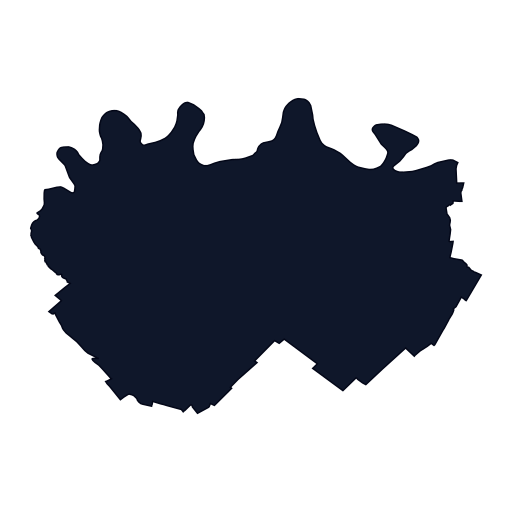 the district of Paltinis, Botosani, Romania
{"feature_id": "2599482B86500837031664", "entity_name": "Paltinis", "entity_type": "district", "adm_level": 2, "iso_a3": "ROU", "parent_name": "Romania", "parent_adm1": "Botosani", "projection": "natural_earth1", "projection_center": [26.672, 48.222], "detail": "fine", "context": "isolated", "style": "filled", "palette": "ink", "viewbox_px": 512, "rotation_deg": 0, "n_neighbors": 0, "source": "geoboundaries", "source_scale": "gbopen_adm2", "svg_char_len": 5970}
<svg xmlns="http://www.w3.org/2000/svg" viewBox="0 0 512 512"><path d="M434.0,345.4L434.8,344.7L442.9,330.3L444.3,328.1L448.6,320.1L448.8,319.5L452.1,314.2L453.0,312.2L453.8,309.9L453.2,308.9L456.0,306.7L461.3,297.1L463.8,298.7L465.5,300.3L466.2,300.6L481.3,275.0L475.3,272.3L474.3,272.2L473.5,271.4L471.3,270.4L468.7,267.3L467.3,267.2L467.1,267.0L466.9,266.4L467.0,265.1L466.8,264.8L465.9,263.7L463.7,261.9L462.4,260.3L461.5,260.0L453.9,258.7L449.8,257.6L451.2,251.7L452.8,243.5L453.1,241.4L450.0,241.6L449.4,241.5L449.1,241.1L449.1,240.6L450.1,234.0L450.6,229.6L449.6,225.4L449.7,223.9L450.0,222.8L450.3,220.3L449.7,217.8L447.7,214.9L447.0,214.1L446.0,207.7L446.6,206.7L447.9,206.0L449.5,204.8L450.1,204.5L450.3,204.5L450.5,205.0L451.2,204.4L451.6,204.4L451.9,204.0L452.9,203.4L453.2,200.9L459.3,201.3L461.9,201.3L460.8,193.1L461.0,191.4L461.9,190.1L462.0,188.9L462.6,187.8L463.7,183.0L456.7,183.1L456.0,168.8L456.6,165.4L457.8,162.6L452.9,160.1L450.6,159.9L448.4,160.1L437.8,162.5L434.5,163.9L431.2,165.8L426.5,167.5L415.8,170.7L412.3,171.5L403.7,172.2L399.2,172.1L396.9,171.4L394.8,170.5L393.1,169.0L392.8,168.0L392.8,167.0L393.5,166.1L399.7,161.1L403.4,156.8L405.6,153.7L406.4,152.9L409.4,150.8L411.7,149.6L416.3,145.7L417.7,143.7L418.3,142.6L418.6,141.3L418.6,140.3L418.3,139.3L417.1,137.4L416.2,136.8L412.1,134.6L404.6,131.0L391.5,125.3L388.1,124.4L384.6,124.1L381.0,124.2L376.3,124.9L375.3,125.4L374.5,126.0L373.0,127.6L372.5,128.5L372.3,129.6L372.5,130.6L373.0,131.6L375.2,134.4L381.3,144.1L384.7,147.3L386.3,149.0L387.5,150.8L387.8,151.9L387.9,153.0L387.4,154.7L386.3,157.9L385.4,159.8L383.7,162.7L382.4,164.4L380.6,166.4L376.7,168.2L373.4,169.3L369.8,169.5L368.5,169.4L365.0,168.8L357.9,167.1L355.7,166.1L353.6,164.9L350.0,162.2L342.7,155.4L340.3,153.4L334.1,149.9L331.5,148.8L326.2,146.8L324.2,145.5L321.8,143.3L320.1,140.5L316.8,132.5L314.5,125.4L313.0,119.2L312.6,115.0L310.7,105.7L309.1,102.8L307.6,101.2L305.7,99.9L304.6,99.4L303.5,99.2L298.6,98.7L297.4,98.8L295.0,99.4L292.9,100.4L291.0,101.7L289.1,103.1L287.6,104.7L286.1,106.4L284.9,108.3L284.1,110.2L283.4,112.2L282.7,117.4L281.8,122.5L279.9,127.2L278.0,131.4L276.5,135.7L275.3,138.1L274.0,139.6L272.4,140.7L271.4,141.1L268.2,141.9L263.4,142.9L261.3,144.0L258.9,146.4L258.2,147.7L257.7,148.9L257.2,150.9L256.7,151.9L254.9,153.3L253.7,154.7L252.8,155.5L245.5,158.1L242.4,158.9L239.0,159.4L232.2,159.6L219.9,161.6L214.5,163.2L210.4,164.8L207.3,165.7L203.9,165.7L200.9,164.4L199.1,163.3L198.3,162.6L196.5,160.2L193.8,154.7L193.0,149.6L192.8,146.4L193.1,143.2L194.5,139.2L195.9,136.2L198.9,131.4L200.3,129.7L202.1,126.9L203.4,123.9L204.1,120.9L204.4,117.7L204.0,114.5L202.7,112.8L201.5,110.9L198.9,108.6L193.6,104.8L188.4,102.6L187.4,102.4L185.2,102.8L184.2,103.3L182.5,104.5L180.3,106.7L178.4,109.5L178.0,110.6L177.7,112.7L177.8,115.0L177.0,120.8L176.2,123.6L174.7,127.2L171.4,132.3L168.4,135.7L166.9,137.0L165.2,138.3L160.3,140.7L155.4,142.4L147.9,144.1L144.8,145.2L143.7,145.2L142.6,145.0L140.5,142.7L140.2,141.8L140.1,140.9L140.6,138.9L141.1,136.0L141.0,134.2L140.9,133.2L140.5,132.3L139.1,129.8L137.9,128.2L134.3,124.4L131.0,121.5L128.3,118.1L126.8,116.4L124.2,114.4L121.1,112.4L118.7,111.3L116.5,110.7L114.2,110.6L111.8,110.8L109.5,111.4L107.3,112.3L106.3,112.9L104.7,114.3L103.3,115.8L102.0,117.5L100.9,120.2L100.1,123.0L99.7,125.0L99.4,129.8L99.5,131.7L100.1,134.5L100.7,136.5L101.6,138.1L102.4,140.9L103.0,144.8L102.7,148.7L102.3,150.5L100.9,152.9L100.2,154.7L99.9,156.9L99.9,160.1L99.5,161.2L98.1,163.0L97.1,163.7L94.8,164.5L92.3,165.1L91.0,164.9L89.8,164.5L87.8,163.4L84.9,161.3L81.9,158.3L78.7,154.7L77.5,152.3L76.1,150.7L74.5,149.3L71.6,147.8L69.4,147.1L68.4,146.9L63.8,147.1L61.5,147.5L60.4,147.9L59.5,148.6L58.3,150.2L57.4,151.9L57.0,152.9L57.0,154.7L57.3,156.2L57.7,157.3L59.0,159.1L64.6,164.8L65.2,165.7L69.3,176.8L69.7,177.7L74.2,184.0L75.1,185.8L74.9,188.7L74.4,192.0L73.4,192.8L72.1,192.9L70.9,192.5L63.8,188.2L61.6,187.2L60.5,186.9L56.7,187.3L48.4,189.3L45.0,189.7L44.5,190.6L44.2,193.0L44.1,199.0L44.4,202.8L44.2,205.0L42.1,209.0L40.4,210.8L37.1,212.9L37.1,213.3L37.8,214.0L39.1,214.7L39.5,215.9L39.5,216.7L38.9,218.4L37.4,219.8L37.1,220.2L35.3,220.7L34.8,221.1L33.9,221.7L32.6,223.1L31.7,224.9L30.7,228.2L30.7,228.4L31.1,229.0L31.7,230.8L31.1,233.3L31.1,234.6L30.9,235.3L31.3,236.0L31.4,236.9L31.8,237.9L33.8,241.9L35.3,244.2L37.9,246.7L38.3,248.0L38.8,248.5L39.8,248.8L40.3,249.6L40.9,250.8L41.0,251.1L40.8,252.0L41.4,253.5L42.5,254.9L43.0,255.2L44.0,255.4L44.5,256.3L45.2,258.0L44.7,258.8L45.2,259.8L44.8,260.5L44.9,260.9L45.3,261.9L46.0,262.1L46.3,262.4L46.5,263.3L47.1,263.9L47.1,264.6L47.7,264.9L48.0,265.3L48.3,266.3L50.7,268.7L52.4,269.8L55.1,272.2L56.3,272.9L56.4,273.6L57.3,274.6L58.9,274.8L60.9,274.3L61.6,274.4L61.8,274.7L61.7,276.1L62.5,277.4L64.4,278.4L65.9,278.8L66.4,279.8L67.1,280.7L67.3,282.0L69.1,282.7L70.2,283.4L64.9,287.5L55.2,295.4L60.9,300.1L61.4,300.7L48.9,311.6L52.0,313.8L52.7,313.9L53.9,313.3L53.9,313.6L55.0,313.0L55.8,315.1L59.4,322.0L61.5,325.4L62.6,328.3L63.5,329.8L66.2,333.0L76.8,341.7L80.6,345.8L84.9,350.6L88.0,353.2L98.8,358.6L93.7,358.4L92.6,358.6L92.1,359.0L92.9,360.4L95.0,362.4L98.9,365.2L102.3,368.8L110.6,378.1L111.5,378.8L106.7,381.2L105.7,381.5L107.1,383.7L109.6,386.3L120.4,399.7L123.8,397.1L127.1,395.0L128.3,394.3L129.3,394.1L132.0,394.8L133.8,395.6L136.6,398.3L137.2,399.4L137.4,400.2L138.8,402.0L140.8,403.6L142.7,404.2L151.6,406.2L151.8,405.1L152.2,404.2L152.6,401.4L160.9,403.9L163.5,404.5L167.1,405.6L181.4,409.5L183.2,411.8L184.1,410.9L185.0,410.3L190.0,405.4L190.7,404.9L191.1,404.9L191.7,405.1L192.2,405.7L192.4,406.9L197.5,413.3L208.7,407.2L209.3,406.3L210.4,403.5L214.4,405.4L231.6,388.3L230.4,387.2L238.1,379.3L257.0,362.6L254.6,360.9L274.6,340.6L279.2,343.3L284.2,339.1L317.4,363.8L312.7,368.4L342.9,390.6L356.1,377.8L356.5,377.9L357.8,379.4L362.6,382.9L365.8,384.6L382.2,369.2L405.6,348.0L414.3,356.2L415.0,355.3L420.1,350.9L427.3,346.3L431.2,343.3L434.0,345.4Z" fill="#0f172a" stroke="#020617" stroke-width="1.5"/></svg>